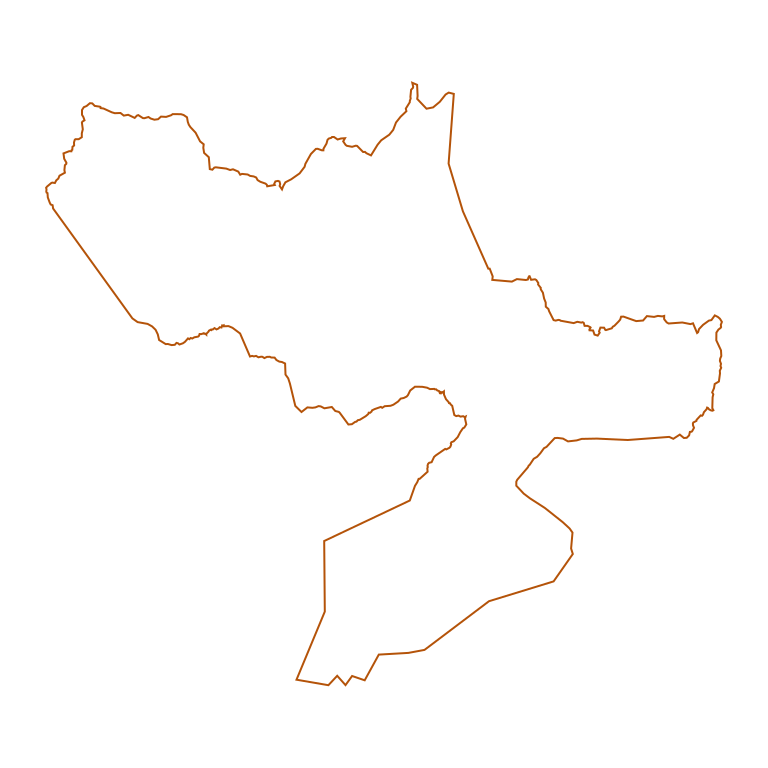 outline of Offinso North, Ashanti, Ghana
{"feature_id": "2480657B15542052325310", "entity_name": "Offinso North", "entity_type": "district", "adm_level": 2, "iso_a3": "GHA", "parent_name": "Ghana", "parent_adm1": "Ashanti", "projection": "robinson", "projection_center": [-1.916, 7.28], "detail": "fine", "context": "isolated", "style": "outline", "palette": "amber", "viewbox_px": 768, "rotation_deg": 0, "n_neighbors": 0, "source": "geoboundaries", "source_scale": "gbopen_adm2", "svg_char_len": 6067}
<svg xmlns="http://www.w3.org/2000/svg" viewBox="0 0 768 768"><path d="M296.5,679.7L328.4,685.2L337.2,675.8L345.5,685.1L352.1,676.0L364.7,680.3L378.8,654.6L408.4,652.9L424.5,649.9L489.0,601.2L553.6,581.4L572.8,554.0L571.1,548.5L572.5,532.6L569.6,528.5L562.9,522.3L544.9,508.0L529.9,498.3L523.7,493.6L516.3,485.7L516.3,481.7L517.2,479.8L527.9,467.3L528.7,465.6L529.7,464.8L533.7,458.8L537.1,456.8L540.3,453.3L544.0,448.2L546.5,446.9L554.7,438.1L557.5,437.9L563.0,438.6L568.0,441.4L576.7,440.4L581.7,438.9L596.9,438.6L627.8,440.0L669.2,436.9L673.3,438.8L679.8,434.6L683.9,438.0L686.7,437.8L689.1,435.4L689.9,431.9L691.6,431.7L692.2,431.1L694.0,427.8L693.0,425.3L692.9,423.4L693.3,422.5L696.4,420.9L696.6,419.8L700.7,415.4L702.0,415.8L703.0,414.7L703.9,412.2L706.6,409.2L707.1,407.6L707.9,407.9L709.1,409.4L711.2,410.5L712.6,410.7L713.4,410.2L712.3,408.2L712.6,397.2L713.3,394.3L712.2,392.4L714.0,388.2L714.7,384.0L718.9,381.5L720.0,373.4L719.8,370.7L721.2,367.8L720.5,366.0L721.0,363.8L719.9,360.9L720.2,358.6L721.3,356.0L721.0,350.4L716.3,340.3L716.4,332.6L718.4,329.6L720.6,327.9L721.1,327.1L720.8,324.8L721.9,321.9L719.9,318.7L717.8,316.9L714.8,315.4L711.4,320.1L708.9,320.6L703.1,324.8L699.0,329.1L698.1,332.2L697.1,333.0L693.0,323.3L690.5,324.1L682.3,322.5L668.6,323.5L666.7,322.4L664.4,319.5L664.1,318.9L664.2,315.9L662.2,316.4L657.9,315.9L654.1,316.9L646.9,316.1L643.1,320.5L636.2,321.1L623.5,316.6L621.1,316.7L620.2,319.6L618.6,321.5L614.4,325.8L612.8,326.7L611.8,328.3L605.9,330.1L605.3,329.9L604.1,327.7L600.4,327.6L599.0,331.4L599.7,332.7L597.7,335.6L594.5,334.6L593.1,330.5L589.5,330.3L589.4,329.5L590.6,327.5L590.3,327.2L587.6,325.9L584.6,325.9L583.7,322.8L582.6,322.2L581.3,322.6L577.3,321.8L573.7,323.1L560.5,320.7L559.8,320.1L558.3,319.9L555.7,320.6L553.6,320.1L549.1,311.2L548.4,309.0L545.8,306.7L545.7,302.5L544.1,298.5L542.9,292.7L541.0,289.7L540.6,288.8L540.8,287.9L538.1,284.5L538.3,283.0L536.3,280.0L535.0,279.3L531.1,279.8L529.6,276.2L529.2,276.2L528.4,277.5L527.9,279.5L525.9,280.0L516.9,279.1L511.9,281.6L492.3,279.9L492.7,276.4L490.0,269.4L489.7,268.7L488.3,268.7L462.9,211.3L448.6,163.6L453.8,93.9L448.7,92.6L445.6,94.5L439.8,101.8L433.1,107.4L426.5,108.7L417.2,98.9L417.6,96.0L417.1,84.8L412.3,82.8L413.2,86.8L412.9,87.9L411.1,89.8L410.4,97.0L410.7,98.3L409.8,101.0L409.8,102.2L405.8,108.6L406.4,111.2L400.6,116.7L396.0,122.5L393.2,129.9L389.3,134.7L381.2,140.3L377.6,144.7L371.0,155.4L366.4,153.2L365.0,151.9L363.1,152.0L357.1,145.9L355.8,145.7L352.1,146.8L346.8,145.8L345.6,144.9L343.2,141.4L345.0,138.2L340.9,138.5L337.6,139.5L334.0,137.0L332.0,137.0L331.3,137.8L328.7,138.6L327.5,139.9L326.5,143.6L323.5,148.7L323.4,150.3L321.8,150.3L317.7,148.8L315.9,148.9L310.9,154.0L305.4,163.8L304.6,166.8L299.6,173.4L291.2,179.3L285.4,182.3L283.2,186.2L282.0,189.4L279.6,185.9L280.2,184.1L279.5,181.5L278.0,180.9L275.4,181.4L274.2,183.9L274.8,185.0L267.2,186.3L266.8,184.7L265.5,183.6L260.4,181.8L257.6,180.1L256.2,177.5L253.6,176.4L250.1,175.9L247.7,174.5L242.0,173.9L240.2,174.7L238.3,171.6L233.0,169.3L230.1,170.0L226.3,168.6L215.8,167.3L214.3,167.6L212.4,169.7L209.8,169.1L208.8,157.2L204.1,152.9L203.3,147.8L203.7,144.3L200.1,141.4L195.6,132.7L190.4,127.1L188.8,124.7L187.8,121.9L187.0,117.3L183.6,115.0L181.0,114.2L172.7,114.1L171.0,115.3L166.1,116.9L161.0,116.6L158.1,119.2L154.4,119.7L150.6,118.5L148.5,117.0L144.4,118.2L142.9,118.1L138.3,115.1L136.9,115.6L134.7,117.9L128.2,114.8L123.8,115.6L120.5,113.0L114.8,113.2L111.8,112.3L103.5,108.5L100.6,108.1L100.5,107.0L100.0,106.7L94.7,105.9L92.3,103.4L89.9,103.2L86.6,106.0L83.8,107.2L82.0,110.0L82.0,114.8L83.4,117.1L84.5,120.3L82.4,121.6L81.9,122.6L82.8,129.3L81.8,133.3L81.8,137.2L78.7,139.2L75.5,139.2L74.8,139.7L74.0,142.4L74.1,145.5L72.5,146.8L72.3,149.8L71.6,150.2L71.4,151.3L69.2,151.2L63.5,153.4L64.2,158.8L66.4,162.7L66.3,163.8L64.9,165.2L64.4,170.1L64.9,172.7L59.5,175.7L58.3,178.6L56.3,180.3L54.9,183.0L52.3,182.6L51.3,183.0L47.0,186.6L46.1,187.8L46.5,189.2L46.3,191.6L46.6,192.6L47.5,193.1L47.8,197.4L49.8,202.8L50.7,204.5L52.6,205.2L53.1,208.5L132.4,318.4L137.6,322.1L147.6,323.9L152.1,326.4L155.6,329.8L157.8,334.4L159.1,340.0L165.7,344.1L167.9,344.0L171.6,345.1L174.8,344.8L176.5,342.9L178.0,343.3L179.4,344.5L182.9,343.3L184.9,341.9L188.0,338.4L189.3,339.2L190.7,338.0L192.3,338.5L194.3,337.3L198.1,336.6L199.0,335.8L199.6,334.0L201.4,334.1L203.8,333.2L204.2,333.8L205.3,333.7L206.3,334.6L206.3,333.9L208.6,331.5L208.9,330.7L210.7,329.7L211.3,330.1L212.0,329.4L212.8,329.5L214.5,328.1L216.5,329.4L218.5,328.5L219.7,327.2L221.5,327.5L222.2,325.4L222.9,325.7L223.7,325.3L223.8,326.3L228.5,326.1L232.5,327.8L240.1,333.5L250.0,356.5L252.1,355.9L253.9,356.4L256.1,355.9L258.4,357.3L261.1,356.7L262.4,356.8L264.4,358.1L266.9,356.9L269.8,356.8L271.2,357.5L274.6,357.6L276.4,360.0L279.3,361.6L281.9,362.0L285.1,363.5L285.5,374.6L288.2,378.3L289.9,383.5L295.3,405.9L301.5,412.0L307.4,407.4L312.4,407.8L315.4,407.4L318.6,406.1L320.7,406.4L324.4,408.3L331.8,407.0L335.3,411.0L338.8,411.9L339.6,412.6L348.4,424.5L351.9,424.2L355.1,421.9L356.5,421.6L357.8,420.2L359.8,419.8L365.7,416.2L368.3,414.0L368.7,412.7L370.1,412.8L371.6,411.5L372.0,410.4L374.6,409.1L380.9,406.9L382.2,407.8L384.7,406.2L390.5,405.8L393.4,404.7L398.1,401.5L400.7,398.6L403.7,398.0L406.6,396.6L407.9,395.2L410.2,390.5L415.0,386.7L422.2,386.8L427.1,387.7L430.0,389.1L434.3,388.9L434.7,389.3L436.1,389.3L437.2,390.4L439.1,391.1L439.7,392.7L440.3,392.3L440.5,393.3L440.9,393.3L441.0,392.3L442.3,392.1L442.6,392.5L443.9,391.4L444.0,394.6L446.0,399.2L448.6,402.1L449.0,403.1L450.1,403.3L450.6,404.4L452.2,405.8L454.3,415.0L456.2,416.1L458.5,415.6L460.5,416.6L463.2,416.2L464.6,417.1L465.6,416.6L465.0,418.6L466.3,424.4L464.3,427.6L462.9,428.3L460.3,432.1L457.7,437.1L453.7,441.3L451.4,442.2L450.8,443.4L451.2,444.4L450.4,446.7L449.4,447.8L446.3,449.4L445.2,448.9L435.8,455.4L434.1,456.9L431.6,462.2L429.1,462.8L428.0,464.0L427.5,465.9L427.8,467.0L427.3,468.4L427.6,471.7L419.6,478.9L418.6,478.9L417.2,482.3L415.0,485.8L409.8,500.5L324.2,541.0L324.8,611.6L296.5,679.7Z" fill="none" stroke="#b45309" stroke-width="2"/></svg>